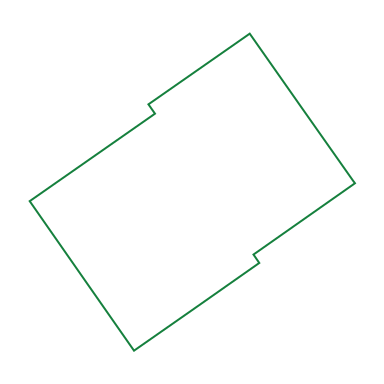 the district of Towner, North Dakota, United States of America, rotated 55°
{"feature_id": "52423323B68396918157782", "entity_name": "Towner", "entity_type": "district", "adm_level": 2, "iso_a3": "USA", "parent_name": "United States of America", "parent_adm1": "North Dakota", "projection": "robinson", "projection_center": [-99.23, 48.685], "detail": "fine", "context": "isolated", "style": "outline", "palette": "green", "viewbox_px": 384, "rotation_deg": 55, "n_neighbors": 0, "source": "geoboundaries", "source_scale": "gbopen_adm2", "svg_char_len": 336}
<svg xmlns="http://www.w3.org/2000/svg" viewBox="0 0 384 384"><g transform="rotate(55 192 192)"><path d="M95.4,53.9L95.2,177.4L106.6,177.4L106.5,253.8L106.4,330.2L208.6,330.4L288.7,330.5L288.8,254.0L288.7,177.6L278.5,177.5L278.3,53.5L278.1,53.5L274.7,53.6L186.5,53.8L95.4,53.9Z" fill="none" stroke="#15803d" stroke-width="2"/></g></svg>